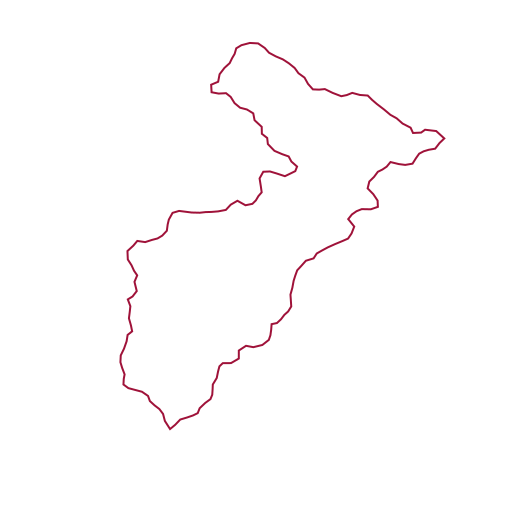 outline of Faria Lemos, Minas Gerais, Brazil, rotated 296°
{"feature_id": "56859067B53292511208538", "entity_name": "Faria Lemos", "entity_type": "district", "adm_level": 2, "iso_a3": "BRA", "parent_name": "Brazil", "parent_adm1": "Minas Gerais", "projection": "equal_earth", "projection_center": [-42.029, -20.786], "detail": "fine", "context": "isolated", "style": "outline", "palette": "rose", "viewbox_px": 512, "rotation_deg": 296, "n_neighbors": 0, "source": "geoboundaries", "source_scale": "gbopen_adm2", "svg_char_len": 2510}
<svg xmlns="http://www.w3.org/2000/svg" viewBox="0 0 512 512"><g transform="rotate(296 256 256)"><path d="M383.7,144.3L385.6,151.2L389.2,157.7L387.9,163.5L384.0,169.7L382.3,176.7L383.7,183.6L383.0,191.0L377.4,195.2L374.6,204.5L368.4,207.7L367.0,214.3L361.8,217.6L358.6,226.5L359.0,234.9L359.8,241.7L356.4,246.4L354.4,253.7L349.5,254.1L345.5,251.0L340.4,247.0L339.2,238.2L338.1,231.5L334.9,225.6L327.3,225.2L320.6,229.9L315.7,233.2L310.9,231.9L305.9,231.5L301.3,229.9L297.0,224.3L297.5,215.1L291.1,210.8L284.2,208.7L279.5,202.4L276.0,196.5L273.4,191.5L270.3,186.6L266.9,179.2L264.7,172.7L262.8,167.1L258.2,162.1L250.5,161.7L245.6,162.8L239.6,164.8L233.2,162.8L228.6,159.8L224.9,155.5L219.9,150.3L217.5,142.7L211.5,141.2L204.1,138.3L196.7,142.3L193.1,148.2L189.3,152.8L186.5,157.7L179.5,158.1L172.2,164.2L165.5,162.8L160.8,159.8L155.8,165.1L150.5,167.0L144.3,169.1L138.7,174.1L134.0,177.7L128.8,175.2L122.6,177.1L114.8,178.0L107.4,178.0L101.1,180.7L96.8,184.7L92.0,189.8L87.6,191.0L82.4,193.2L81.3,199.2L82.5,205.4L84.0,213.0L82.9,220.3L79.1,224.2L77.3,230.3L76.1,236.2L73.3,241.7L67.8,246.4L62.8,254.6L68.7,257.3L75.8,259.6L80.7,264.9L85.1,269.3L89.2,272.5L94.5,272.1L101.7,274.8L107.4,277.8L112.1,277.5L117.0,275.5L121.6,273.5L129.1,274.2L135.7,272.5L140.8,271.5L145.1,273.1L148.8,280.5L156.3,285.5L163.5,282.0L170.9,286.4L172.9,293.6L178.8,300.7L186.2,304.3L191.1,303.7L196.3,302.0L201.6,299.9L204.9,304.2L210.1,306.2L215.6,307.3L220.2,309.2L226.1,309.8L231.7,306.6L236.4,303.9L243.4,302.6L250.2,300.7L255.6,299.9L261.2,299.3L267.5,301.2L273.6,302.9L279.1,308.8L284.9,309.5L290.3,313.2L295.3,316.8L301.3,321.8L307.3,327.1L312.0,331.1L318.1,332.0L325.5,331.4L329.6,322.7L335.4,324.0L340.3,326.7L344.5,330.5L348.3,338.7L353.6,344.0L359.1,341.0L363.0,334.3L365.7,326.7L372.6,325.2L378.8,327.4L385.1,328.6L389.1,331.7L393.6,334.3L399.4,335.7L401.2,344.0L403.3,350.2L407.6,356.2L414.0,356.9L419.5,357.8L423.6,360.8L427.2,364.7L431.0,370.0L437.9,371.4L444.2,373.7L447.3,363.2L443.6,352.6L439.3,350.3L435.4,343.2L439.1,338.7L439.3,329.7L441.4,322.1L441.8,314.9L443.8,306.9L445.6,298.0L447.2,291.9L449.2,286.1L446.3,278.8L444.8,271.0L440.4,267.0L437.0,262.6L436.2,253.4L436.2,244.7L433.2,239.8L430.7,234.1L433.5,227.3L437.6,221.4L438.9,214.0L441.9,208.4L443.6,201.1L444.5,193.9L444.1,186.3L444.4,178.6L446.8,172.7L448.0,164.7L444.8,157.1L439.1,150.5L434.0,147.2L428.3,148.2L423.3,147.8L417.8,147.8L411.3,145.2L403.4,143.6L396.0,145.6L390.3,140.6L383.7,144.3Z" fill="none" stroke="#9f1239" stroke-width="2"/></g></svg>